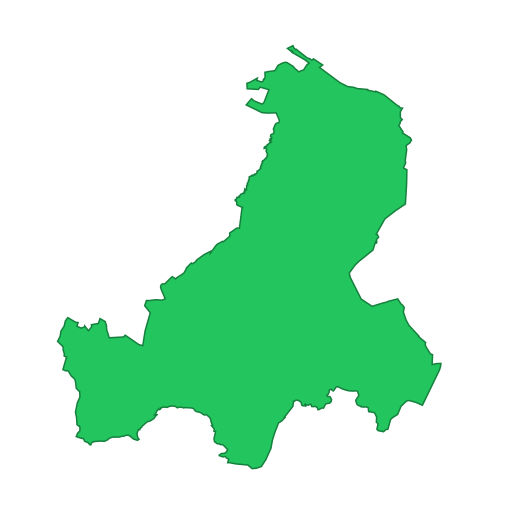 outline of Lūznavas pag., Rezeknes, Latvia, rotated 94°
{"feature_id": "27541924B86453491485354", "entity_name": "Lūznavas pag.", "entity_type": "district", "adm_level": 2, "iso_a3": "LVA", "parent_name": "Latvia", "parent_adm1": "Rezeknes", "projection": "albers", "projection_center": [27.295, 56.354], "detail": "fine", "context": "isolated", "style": "filled", "palette": "green", "viewbox_px": 512, "rotation_deg": 94, "n_neighbors": 0, "source": "geoboundaries", "source_scale": "gbopen_adm2", "svg_char_len": 6093}
<svg xmlns="http://www.w3.org/2000/svg" viewBox="0 0 512 512"><g transform="rotate(94 256 256)"><path d="M464.2,269.8L464.0,268.3L464.8,261.5L465.1,249.6L468.4,245.0L467.7,240.8L465.6,235.9L458.5,232.0L446.9,227.7L438.7,226.8L431.1,225.0L421.0,221.9L418.7,218.8L415.0,215.7L414.7,216.3L403.4,208.7L398.2,208.4L398.2,207.6L396.9,205.9L397.1,203.7L398.7,200.8L401.6,199.9L402.2,198.8L402.0,197.5L402.2,196.3L401.1,197.0L400.3,196.6L401.3,194.9L400.9,194.2L401.2,193.3L400.4,192.4L400.1,191.0L402.3,189.9L402.3,188.3L401.9,186.5L402.2,185.5L403.1,184.2L405.0,183.5L405.0,182.8L403.0,179.6L403.1,178.0L398.9,176.3L398.2,174.8L397.6,172.2L396.1,170.9L393.9,170.6L391.4,172.1L391.0,173.2L391.1,174.8L390.4,175.5L389.7,175.5L388.9,174.4L387.0,173.6L384.7,173.5L383.9,172.6L383.9,171.6L385.1,170.0L385.2,169.4L380.9,166.7L380.7,165.3L381.2,163.7L382.5,160.9L383.6,156.5L384.0,154.0L384.0,150.1L383.5,146.4L384.1,145.2L388.0,143.7L392.6,146.3L394.1,146.2L397.1,144.8L398.1,143.2L398.6,140.6L399.2,140.5L399.0,138.9L399.3,137.9L398.8,136.7L399.1,134.2L399.8,133.4L403.3,132.8L403.7,132.1L403.2,130.9L403.8,129.6L403.9,127.5L404.3,126.7L408.3,124.4L413.4,124.4L414.7,122.6L420.4,123.3L421.7,122.0L422.4,116.5L420.0,114.2L419.7,112.5L419.4,112.3L409.6,110.3L407.5,108.2L404.2,103.7L395.7,100.8L390.2,95.7L389.5,93.3L389.8,91.3L390.9,86.2L393.3,79.6L356.6,64.9L353.2,64.2L350.3,64.0L350.7,68.2L352.0,72.7L342.1,73.0L341.5,75.2L335.0,79.9L332.7,81.0L330.4,80.8L325.2,88.1L324.7,87.8L314.5,98.6L309.6,101.7L301.7,105.1L297.2,104.5L295.2,105.9L293.6,108.1L288.9,111.6L292.1,121.2L292.7,121.9L294.2,126.6L298.1,136.7L291.6,148.1L270.9,160.4L266.5,161.8L258.4,156.7L254.1,152.9L242.0,139.8L234.3,137.9L234.8,137.7L234.8,136.9L234.1,136.5L231.0,136.9L228.8,135.0L226.4,136.2L225.9,137.6L210.0,130.0L201.4,120.4L193.7,110.6L173.4,110.8L159.4,111.5L158.1,114.7L157.3,114.9L152.8,113.2L150.3,113.8L139.7,113.1L135.4,113.9L132.4,110.4L129.5,109.0L127.4,110.3L123.1,118.4L121.9,118.0L115.8,122.7L113.7,121.5L112.2,121.6L109.7,119.6L108.0,121.6L102.1,122.1L98.3,120.2L98.2,122.5L96.7,123.8L95.6,126.1L86.3,139.5L84.0,145.8L83.3,148.0L83.9,148.1L82.9,156.0L82.1,156.1L81.9,166.9L80.9,170.2L80.6,176.4L77.2,184.4L63.5,205.8L60.8,202.8L55.3,212.4L56.9,213.8L55.3,216.3L55.0,218.5L46.9,230.4L47.4,230.9L45.9,232.6L43.6,233.8L46.7,239.1L49.3,235.4L48.5,235.0L50.0,233.3L50.5,234.0L56.9,220.9L59.9,216.4L61.6,218.5L67.1,221.5L68.2,224.3L69.3,226.1L65.7,230.9L64.3,232.1L61.0,238.3L60.7,239.4L60.8,240.6L61.8,243.4L64.2,247.2L69.9,250.2L71.0,255.9L72.1,259.9L77.0,259.4L79.2,260.2L79.1,260.8L81.1,261.2L82.0,262.3L80.8,267.6L78.5,267.1L83.1,274.1L84.3,277.1L89.8,276.5L89.7,265.5L87.3,263.5L89.2,254.7L102.1,258.7L104.1,260.4L101.5,268.5L99.4,271.5L106.0,276.3L112.6,260.0L112.6,254.1L111.8,245.9L118.5,242.4L120.4,242.2L121.4,242.7L122.2,245.0L123.2,245.9L128.0,247.5L131.5,246.5L132.8,247.4L133.5,249.0L134.2,249.7L135.6,249.9L136.8,248.5L138.0,249.9L138.2,248.8L139.2,248.7L139.5,250.3L140.0,250.7L141.4,248.7L142.0,249.5L142.1,250.3L143.8,251.7L144.2,252.6L145.8,252.9L145.9,254.2L146.9,255.3L148.2,255.4L147.6,253.6L148.3,252.8L150.4,253.3L154.2,251.5L154.9,252.0L156.4,251.8L157.3,252.9L158.3,252.9L158.6,253.9L160.1,255.0L160.5,255.9L161.4,255.9L161.6,256.5L162.7,256.0L163.8,256.9L164.9,256.7L165.1,257.2L167.5,257.8L168.0,257.2L170.2,259.2L171.4,260.9L172.4,260.6L174.1,261.6L174.3,262.8L174.8,262.6L175.4,263.3L175.2,263.8L176.0,264.5L176.2,265.2L175.7,265.5L176.5,266.0L176.4,266.4L177.7,268.4L179.8,268.0L180.8,268.8L182.3,268.7L184.1,269.8L185.6,269.3L186.2,270.2L190.2,270.2L189.8,270.5L190.6,271.1L190.1,271.8L191.5,271.5L191.5,271.9L192.2,272.3L192.6,271.9L194.2,272.0L193.8,272.6L195.5,275.5L197.0,276.3L197.6,277.3L198.5,276.8L199.0,278.5L198.8,279.1L201.2,279.6L201.1,280.6L202.0,280.7L203.2,279.1L206.2,278.7L206.6,278.2L208.8,272.2L208.9,273.3L229.5,274.5L229.4,277.0L234.9,283.9L238.1,283.5L244.1,289.6L243.7,290.3L246.8,295.3L248.5,296.8L256.3,301.7L254.5,301.7L258.1,307.7L264.1,314.9L266.3,316.2L268.2,319.1L267.5,320.1L272.9,324.7L273.9,324.7L278.2,326.9L283.6,334.0L284.5,334.6L282.4,338.2L290.1,345.0L290.5,347.7L291.2,348.5L293.4,349.1L295.8,348.3L305.0,343.6L306.2,345.7L306.6,347.3L306.6,352.9L308.0,360.0L308.0,362.2L313.4,363.6L320.0,357.5L338.3,361.4L353.3,362.7L352.6,366.6L344.1,381.0L346.0,382.4L347.8,396.7L339.9,399.8L335.6,400.4L331.9,401.9L329.3,407.2L334.3,408.6L336.0,415.4L338.2,415.0L342.2,418.0L337.7,422.0L338.7,422.1L340.1,425.5L338.6,429.7L334.8,428.8L334.7,431.3L330.6,439.4L333.9,441.6L339.4,442.5L344.4,445.3L349.8,445.8L355.0,448.0L360.0,442.1L363.3,441.8L367.1,440.3L369.0,440.5L369.5,439.7L369.9,437.9L382.8,440.7L383.7,438.4L383.8,435.3L388.5,432.0L390.7,429.1L392.0,428.0L394.7,427.1L400.5,426.1L403.2,423.1L403.2,422.5L408.9,421.8L415.0,424.0L424.5,425.2L429.4,423.8L436.8,422.8L438.3,420.5L438.1,420.2L439.0,419.7L442.7,419.5L445.2,421.6L448.7,422.7L450.2,416.9L450.1,415.4L452.7,414.1L454.1,410.2L455.8,408.8L455.9,407.6L454.1,407.1L453.1,406.2L452.8,405.0L452.4,404.9L451.4,397.5L451.5,394.5L450.0,391.6L447.8,389.2L446.7,386.2L446.1,379.3L445.0,376.9L445.1,375.5L444.1,373.6L443.7,371.8L443.8,370.5L444.5,369.1L447.2,365.3L448.1,361.4L447.1,359.9L444.7,361.6L441.3,362.3L437.3,361.2L437.5,359.9L435.4,359.1L435.0,358.1L433.9,357.9L429.1,353.1L427.8,349.8L425.2,346.4L422.2,344.8L422.1,344.2L421.2,343.7L421.4,346.0L420.6,345.2L417.0,343.8L415.4,342.5L416.1,341.8L415.5,340.7L414.3,340.9L414.1,340.1L414.7,339.5L413.9,339.9L413.2,338.4L413.2,334.1L412.0,331.8L411.5,329.2L411.5,326.2L412.9,323.9L412.0,321.4L412.1,319.6L412.6,317.5L412.2,316.2L412.1,310.1L412.3,308.6L412.9,307.2L414.3,306.3L415.3,304.8L415.9,301.0L416.8,299.0L417.7,297.8L418.3,295.9L417.5,294.7L420.2,291.1L421.9,289.9L424.9,289.1L427.9,287.5L428.2,288.6L431.5,285.6L433.8,285.7L433.7,284.3L433.9,284.0L441.2,285.2L444.2,284.4L446.1,281.3L445.9,279.8L446.6,278.5L446.5,276.4L447.1,275.3L451.0,270.8L454.2,272.3L455.1,274.4L455.5,276.8L457.1,278.7L457.7,278.8L458.8,275.0L458.2,273.3L458.4,272.3L459.5,271.5L460.5,269.1L464.2,269.8Z" fill="#22c55e" stroke="#15803d" stroke-width="1.5"/></g></svg>